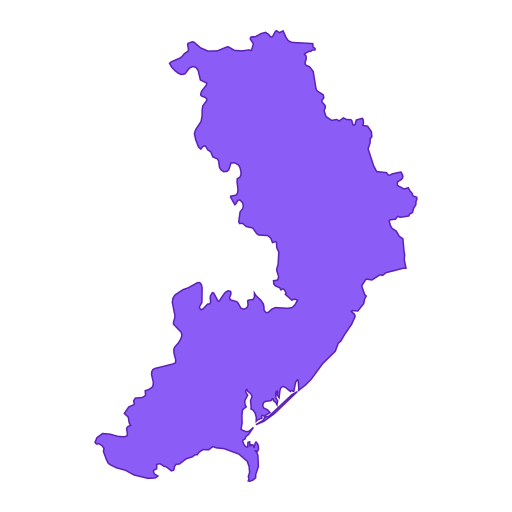 Odessa, orthographic projection
{"feature_id": "UKR-322", "entity_name": "Odessa", "entity_type": "Region", "adm_level": 1, "iso_a3": "UKR", "parent_name": "Ukraine", "parent_adm1": "", "projection": "orthographic", "projection_center": [29.872, 46.718], "detail": "fine", "context": "isolated", "style": "filled", "palette": "violet", "viewbox_px": 512, "rotation_deg": 0, "n_neighbors": 0, "source": "natural_earth", "source_scale": "10m", "svg_char_len": 6037}
<svg xmlns="http://www.w3.org/2000/svg" viewBox="0 0 512 512"><path d="M96.4,444.0L95.0,442.3L97.0,437.6L102.6,433.5L110.1,434.2L117.9,436.4L124.7,436.8L126.9,435.9L127.4,434.1L126.6,428.4L127.9,426.5L130.7,425.3L129.3,423.2L128.2,417.0L124.3,413.5L128.8,406.9L133.6,404.8L134.3,403.7L133.6,400.9L135.3,398.1L142.3,397.5L145.1,395.9L145.5,394.5L145.2,390.7L149.0,389.4L152.4,387.0L153.1,385.1L153.3,382.1L151.5,374.4L151.7,371.9L152.8,369.7L154.7,368.5L172.9,364.0L175.5,362.8L175.7,359.8L174.0,353.3L173.8,349.6L174.6,347.2L178.2,343.2L180.6,339.2L181.9,335.7L181.3,332.4L173.5,324.2L173.5,322.1L174.9,317.3L174.8,314.9L172.3,302.3L173.0,298.1L175.1,294.9L182.9,289.7L188.5,287.7L197.6,282.6L199.8,282.6L201.5,284.8L202.1,288.0L201.9,302.4L199.5,306.7L199.6,308.2L201.3,309.8L203.6,308.4L207.4,304.2L209.9,303.8L210.6,301.9L210.2,297.5L210.5,295.7L212.4,292.6L213.8,293.1L218.0,301.1L219.3,301.0L223.9,294.1L225.8,292.0L228.0,290.8L230.3,291.2L230.9,292.2L230.9,294.2L229.5,297.6L230.3,299.8L236.6,301.6L238.0,302.9L240.8,308.1L244.2,309.3L247.3,307.3L248.1,304.8L247.6,301.1L248.2,300.2L253.2,299.4L254.4,297.2L254.4,293.0L255.7,295.3L261.1,300.5L263.3,303.9L263.9,306.5L264.1,310.4L266.2,312.7L268.2,312.4L272.0,309.0L275.5,307.6L287.8,308.3L292.3,307.5L295.0,304.8L297.5,300.2L294.4,299.0L291.9,300.2L285.3,294.3L286.1,293.0L284.2,289.5L282.8,288.8L280.9,289.9L279.8,287.8L275.2,285.8L273.8,284.0L273.5,280.7L277.5,280.1L278.7,276.8L276.8,270.8L276.8,268.8L278.1,264.3L278.8,252.2L276.8,247.8L276.4,242.3L275.3,241.6L272.5,242.6L270.7,238.1L267.8,235.6L258.6,235.0L256.7,233.6L252.7,228.0L246.1,226.5L242.7,223.4L239.5,223.5L238.7,221.8L240.1,211.9L242.5,208.9L243.2,206.9L243.1,204.6L242.4,202.5L239.9,200.0L238.0,200.2L235.9,203.8L234.8,204.7L230.5,197.0L230.8,196.1L235.9,195.2L237.4,193.4L238.0,189.7L237.0,181.9L237.3,178.6L239.8,177.3L241.0,174.7L240.9,171.2L240.0,167.8L238.7,165.2L235.1,162.9L231.0,163.0L228.8,169.7L227.0,171.4L223.7,171.7L220.8,169.7L219.5,167.4L218.6,160.8L217.3,158.8L212.8,156.9L210.8,151.9L207.7,149.8L205.9,146.6L204.5,145.8L202.8,146.6L200.8,149.1L199.0,147.6L198.1,146.0L195.6,139.5L194.4,133.5L195.7,129.6L201.0,121.6L202.1,116.0L202.1,110.7L202.7,106.0L206.9,100.3L206.5,98.7L205.3,97.4L201.8,96.2L200.8,95.2L200.8,93.5L201.8,90.9L206.4,85.1L206.8,83.1L200.4,80.0L198.1,70.3L195.7,67.2L192.6,66.6L189.4,68.1L184.9,73.9L181.3,74.5L178.2,73.2L174.7,70.4L171.5,66.9L169.5,63.3L171.3,61.8L179.8,58.1L181.9,56.7L184.4,53.6L188.1,51.1L188.5,49.7L187.6,44.4L188.0,43.4L192.2,41.8L193.9,42.1L200.5,47.8L208.1,51.1L217.3,50.9L227.0,46.9L228.5,46.9L234.5,50.4L242.0,50.9L249.1,49.9L251.0,50.5L251.5,50.2L253.3,44.3L252.8,42.7L250.3,39.2L250.6,37.4L251.8,36.7L255.2,36.8L261.0,33.6L265.5,32.4L268.4,34.2L270.7,36.9L271.7,37.0L272.7,36.3L275.5,31.2L276.4,30.7L279.4,32.6L283.1,30.9L286.2,37.8L288.3,40.7L291.8,42.4L312.8,43.6L313.0,46.9L315.1,48.5L315.0,49.9L312.0,50.2L310.6,51.5L309.1,51.3L304.6,53.8L304.5,54.6L305.8,55.4L306.2,56.8L306.1,59.8L305.2,61.6L305.2,64.1L306.2,65.4L309.5,66.7L313.2,71.4L315.9,88.2L316.9,90.7L323.3,94.9L323.8,97.9L321.9,100.5L321.8,101.7L325.3,105.8L325.3,107.5L324.1,110.7L326.0,116.5L331.7,120.4L336.8,119.5L339.1,121.0L343.4,117.9L346.5,119.5L350.8,119.7L351.8,120.6L352.8,124.5L353.8,125.3L354.9,124.6L356.3,120.0L362.3,118.3L363.2,119.8L363.5,122.4L363.0,125.4L367.6,126.2L371.4,131.7L371.8,136.4L371.5,137.4L370.3,138.3L370.0,143.2L368.1,148.8L373.6,165.7L376.7,171.6L386.4,172.6L388.3,175.0L389.4,175.3L392.5,173.8L400.9,172.0L402.4,174.5L402.9,176.6L402.3,178.4L400.9,179.9L397.5,181.8L397.4,185.4L404.1,189.0L408.3,187.7L410.0,191.0L411.8,192.8L413.1,196.0L416.7,197.2L417.0,198.9L416.0,201.4L415.8,204.9L413.7,208.1L412.5,212.5L409.6,214.1L408.8,216.0L400.2,217.3L397.6,216.4L395.5,219.2L389.8,219.9L389.2,220.7L390.3,225.3L391.9,228.2L396.3,231.1L399.2,236.2L402.9,238.8L404.1,252.1L404.7,254.4L404.3,259.9L406.0,268.2L403.1,268.3L385.9,272.7L382.6,275.4L380.5,274.8L379.2,275.3L371.9,280.0L366.5,279.1L365.3,280.2L361.7,285.8L364.6,294.5L366.3,296.1L364.8,298.5L363.7,303.6L357.8,311.0L352.2,310.6L351.3,311.5L354.2,313.9L354.9,315.2L355.0,316.8L351.6,324.3L344.5,334.7L340.8,341.1L338.3,343.2L335.3,351.2L322.6,363.7L311.3,379.1L305.4,385.1L298.5,390.5L298.8,388.5L298.1,380.1L297.3,379.8L295.6,382.2L293.9,391.2L293.1,391.4L291.6,390.3L290.4,391.5L285.6,387.5L283.1,386.4L280.8,387.7L279.9,390.6L279.1,397.7L277.0,394.6L277.7,391.9L277.3,391.1L276.4,391.4L275.6,393.5L276.0,398.1L277.7,400.7L277.0,404.8L275.7,402.4L273.4,400.7L273.2,398.9L272.3,398.7L270.9,400.7L265.6,401.3L263.4,402.8L262.7,405.9L263.5,407.8L267.7,409.9L270.0,412.6L264.2,416.2L262.0,415.2L261.5,416.5L262.0,418.1L257.5,420.0L256.2,421.3L256.3,417.4L255.2,413.3L253.2,410.2L250.9,408.9L251.2,407.8L250.5,400.7L252.1,396.3L250.7,393.7L247.9,391.4L246.8,389.4L245.8,390.3L245.9,392.5L247.7,395.1L244.8,400.7L244.9,404.2L246.2,406.9L242.6,409.7L241.9,415.6L242.1,422.7L241.1,429.5L245.2,431.4L247.2,431.6L249.2,431.2L253.4,427.4L248.6,434.5L246.1,436.3L244.9,439.1L242.7,440.3L242.7,441.6L244.3,445.2L246.4,447.1L247.6,446.9L248.0,442.3L249.7,441.8L250.0,445.9L251.2,445.3L251.1,444.8L252.8,444.9L253.5,445.5L254.0,447.9L255.2,443.2L256.0,442.0L257.6,443.9L258.4,446.3L258.5,449.2L257.6,451.2L255.5,451.0L257.0,452.7L257.9,455.5L258.4,466.5L255.7,474.6L255.7,477.7L253.5,479.8L249.8,481.3L248.2,480.9L249.0,478.7L248.3,476.7L249.6,472.4L249.1,466.6L247.3,461.4L238.9,454.1L224.3,448.7L216.2,447.8L212.9,446.6L208.6,449.8L203.0,449.6L199.1,452.2L197.3,454.7L194.8,454.9L192.4,456.8L186.2,458.8L179.4,464.0L176.1,464.3L174.7,466.1L173.8,470.0L171.4,470.9L166.3,466.8L163.9,466.3L161.1,464.3L159.5,463.7L156.7,464.4L156.7,468.8L153.7,470.3L153.5,471.4L154.2,473.9L157.9,476.0L155.4,477.9L148.1,478.4L134.1,475.0L125.5,470.3L116.2,467.7L110.7,465.0L108.3,463.3L106.4,459.6L103.4,451.4L104.0,448.5L102.0,445.6L99.0,443.8L96.4,444.0ZM269.1,416.1L292.0,394.6L297.2,391.7L274.5,413.5L263.9,421.3L255.9,424.7L263.3,420.2L264.7,417.3L269.1,416.1Z" fill="#8b5cf6" stroke="#5b21b6" stroke-width="1.5"/></svg>